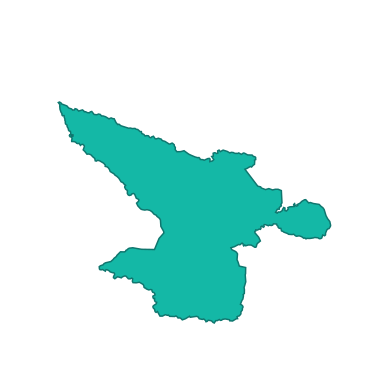 outline of São Sepé, Rio Grande do Sul, Brazil, rotated 247°
{"feature_id": "56859067B43674987148244", "entity_name": "São Sepé", "entity_type": "district", "adm_level": 2, "iso_a3": "BRA", "parent_name": "Brazil", "parent_adm1": "Rio Grande do Sul", "projection": "orthographic", "projection_center": [-53.605, -30.207], "detail": "fine", "context": "isolated", "style": "filled", "palette": "teal", "viewbox_px": 384, "rotation_deg": 247, "n_neighbors": 0, "source": "geoboundaries", "source_scale": "gbopen_adm2", "svg_char_len": 6070}
<svg xmlns="http://www.w3.org/2000/svg" viewBox="0 0 384 384"><g transform="rotate(247 192 192)"><path d="M270.7,166.5L271.6,165.1L272.8,164.4L273.7,161.9L275.1,160.0L275.3,158.8L280.7,152.5L283.0,151.2L283.1,150.0L285.6,149.2L289.8,149.0L290.6,147.6L291.6,146.8L291.9,145.7L291.7,144.2L295.0,141.9L296.8,139.8L297.3,138.5L299.3,137.8L300.3,136.4L300.3,134.6L301.6,132.2L305.3,131.2L305.5,129.7L305.0,128.4L306.0,126.6L307.4,125.5L308.0,124.2L309.2,124.0L310.4,123.2L310.8,119.3L313.3,118.3L314.4,116.9L313.5,115.9L314.1,114.1L315.5,113.6L317.5,111.3L320.1,110.5L323.9,106.5L325.3,106.2L326.6,105.2L326.6,103.9L324.0,104.5L322.8,103.8L319.6,102.8L316.5,102.6L315.0,102.9L313.8,102.4L312.8,102.6L312.3,104.1L310.4,103.5L309.3,103.6L307.2,102.9L306.1,103.0L305.3,102.4L304.1,102.2L302.3,103.1L300.9,102.6L298.7,102.9L297.4,102.5L296.1,102.8L295.3,103.8L292.4,103.0L292.5,101.8L291.7,101.1L290.4,101.4L289.9,102.6L287.8,102.4L286.8,101.5L285.5,101.0L284.3,103.4L283.1,104.5L282.0,104.8L281.1,105.9L280.9,107.1L278.5,107.5L278.9,108.7L278.5,110.2L276.8,110.9L275.8,110.6L273.3,108.3L271.2,109.2L267.8,110.1L267.5,111.4L266.6,112.7L265.2,113.8L263.6,114.2L260.9,115.6L258.5,115.1L257.8,116.1L258.0,117.5L257.0,119.0L253.1,121.9L250.8,122.7L249.5,122.1L248.5,123.5L247.3,124.3L245.0,124.8L242.8,124.7L239.2,127.3L237.6,127.7L235.9,128.9L233.4,130.0L229.1,130.7L227.5,132.2L226.4,132.3L224.1,133.5L223.6,132.4L222.7,131.9L220.5,132.0L218.6,133.1L215.9,131.9L214.3,132.1L213.3,132.9L213.0,134.7L213.8,136.2L213.4,137.8L212.3,138.3L207.9,138.3L206.9,139.4L205.4,140.0L204.3,139.0L203.4,136.6L200.4,136.7L197.3,137.8L196.2,138.3L195.3,139.2L193.8,141.5L193.3,143.7L191.5,146.1L189.5,147.4L186.4,148.4L184.5,150.1L183.3,150.2L180.4,151.8L178.5,152.0L172.5,149.9L166.9,150.5L165.3,150.1L162.1,143.5L153.7,135.0L159.0,123.1L163.8,115.7L164.7,112.7L164.8,111.3L164.2,109.8L164.1,108.4L163.3,107.5L163.3,106.3L164.9,102.8L163.0,98.1L162.2,97.2L161.4,94.2L160.7,93.1L159.7,90.1L160.6,84.9L160.5,83.2L159.7,81.6L159.9,78.9L159.5,77.4L157.3,76.7L156.4,77.0L155.8,78.1L155.6,79.4L153.0,81.3L154.1,82.5L153.5,83.6L151.6,85.1L150.5,85.4L148.8,87.3L148.2,88.5L147.1,88.8L146.0,88.3L145.0,86.9L143.8,86.2L142.3,87.1L143.1,90.4L140.6,93.4L141.1,94.9L141.0,97.5L140.2,98.4L137.0,99.5L136.2,101.1L136.3,102.9L135.4,103.5L133.0,102.2L131.6,102.3L130.2,105.2L129.5,108.3L126.0,110.9L124.4,111.0L123.1,110.6L122.3,110.9L121.6,111.8L120.7,112.0L118.8,113.9L118.3,116.1L117.6,116.8L116.3,116.5L115.0,116.7L114.4,117.6L113.1,118.0L111.7,117.7L111.4,115.3L110.3,114.9L109.0,114.9L108.7,116.0L106.5,115.1L105.2,115.4L104.3,116.4L103.1,115.5L102.4,112.0L101.7,111.2L100.6,111.0L98.7,111.7L96.3,111.3L95.2,111.9L95.5,113.5L90.3,114.0L89.3,116.3L89.5,119.4L88.1,121.2L87.8,122.3L86.3,122.8L84.2,127.3L84.2,128.8L82.5,129.8L81.5,129.9L81.0,131.3L80.3,132.2L78.1,133.1L77.9,136.5L78.6,141.2L77.4,141.4L75.7,147.8L74.4,148.9L72.5,149.1L70.7,151.7L70.5,153.2L68.4,154.2L67.1,154.2L67.0,155.4L67.6,156.8L66.9,158.0L65.8,159.6L63.7,160.4L62.7,161.3L64.3,163.6L63.7,165.1L64.0,167.3L62.8,167.9L62.4,169.2L62.8,170.3L62.2,172.9L59.8,176.6L58.7,176.4L57.4,179.0L58.0,183.1L57.6,184.5L59.6,184.7L59.7,185.9L59.5,187.3L60.7,189.4L62.5,190.2L63.7,192.2L65.3,193.0L66.0,193.9L66.9,194.2L68.5,193.7L69.7,192.7L72.7,195.6L73.6,197.0L76.3,198.8L77.6,199.0L78.1,200.5L81.6,202.1L83.7,202.6L88.3,206.4L94.9,208.6L95.9,209.4L101.5,211.9L105.3,206.6L109.3,207.0L112.1,207.0L117.2,209.7L119.1,209.4L120.4,208.7L123.4,206.1L125.5,206.0L125.1,209.7L125.5,214.3L124.7,215.5L125.4,218.1L124.6,218.7L123.2,218.4L122.1,218.6L122.6,219.9L121.5,220.4L121.2,223.2L120.0,225.8L116.6,228.2L116.2,229.2L117.2,230.4L118.2,230.9L119.1,232.2L120.2,235.8L124.3,235.7L129.9,234.0L131.2,234.4L131.3,235.6L132.2,235.9L131.4,237.4L131.6,239.4L130.9,240.4L131.6,241.3L133.1,241.8L133.3,243.1L131.7,243.8L131.9,244.9L133.0,245.0L133.8,245.7L133.1,247.1L131.1,249.1L131.3,250.3L130.2,251.8L130.0,253.3L130.9,254.5L129.4,257.4L127.9,257.2L126.9,257.8L125.8,257.5L124.5,258.1L123.8,259.6L121.2,259.2L120.2,260.3L119.1,260.9L116.6,263.6L115.3,264.4L113.7,267.5L113.4,269.1L111.1,270.2L110.4,271.0L109.8,273.5L108.1,275.4L105.8,276.8L105.6,277.9L104.3,278.6L104.4,279.7L103.2,282.3L102.3,285.8L102.2,287.2L100.6,290.1L99.3,290.9L98.8,292.3L99.0,293.5L101.3,295.5L99.9,297.0L100.3,298.1L102.0,298.9L104.3,301.2L104.9,302.5L104.8,303.9L106.2,305.9L107.2,306.6L111.0,307.3L114.4,306.4L117.9,306.1L124.3,306.8L126.5,306.3L128.3,305.2L130.9,304.2L134.0,299.2L136.1,296.8L136.4,295.1L140.5,293.7L140.9,292.4L140.7,291.2L140.5,289.5L139.5,286.9L139.3,283.8L138.2,284.0L138.2,282.7L139.1,281.7L141.2,281.9L140.8,280.7L138.7,280.4L140.1,276.3L140.2,274.2L138.7,273.9L137.6,271.5L138.6,270.3L140.9,271.3L141.9,270.4L140.6,268.5L139.7,268.2L139.1,265.2L139.9,263.6L139.3,262.2L140.6,261.0L142.8,263.8L142.1,265.6L143.6,266.3L144.3,268.8L145.8,269.0L146.9,270.6L158.4,274.8L160.9,272.3L162.0,269.6L162.4,267.0L165.1,264.1L165.5,260.6L168.6,257.4L169.9,257.2L171.7,254.8L192.3,249.6L192.2,251.8L192.7,255.5L191.7,256.6L192.8,258.9L193.0,260.3L195.7,261.7L196.9,262.0L196.9,263.3L199.0,264.1L200.0,263.6L200.6,262.5L202.5,261.8L204.4,257.7L207.2,255.5L207.8,254.5L207.4,252.1L209.7,250.3L209.7,249.1L210.8,246.6L212.3,245.3L213.2,243.6L213.2,242.1L215.6,240.3L218.4,237.0L218.1,233.8L220.0,233.3L219.9,231.7L217.7,231.0L217.8,229.7L218.8,228.9L219.4,227.9L219.4,226.6L216.7,225.6L217.0,224.0L213.3,224.7L212.6,223.1L213.0,220.3L215.2,221.5L216.1,221.2L216.6,219.7L216.5,215.6L217.5,214.7L218.7,212.3L219.7,212.4L221.0,211.9L221.4,210.6L223.1,208.5L226.2,205.5L228.1,203.8L233.1,200.8L233.6,197.3L235.0,193.8L237.6,193.1L239.6,194.1L241.1,193.7L242.4,194.1L244.6,193.1L244.9,192.1L244.7,190.8L245.1,189.7L249.3,186.8L250.5,185.2L251.5,184.5L252.6,184.4L254.7,182.0L254.8,180.1L255.4,178.9L258.4,178.3L258.5,176.5L258.0,175.4L258.9,174.3L260.7,173.9L261.6,172.4L261.9,170.7L263.8,170.2L265.5,168.6L267.4,169.0L267.8,167.9L270.7,166.5ZM289.9,102.6L291.0,103.0L291.6,103.9L291.0,104.8L289.9,104.2L289.9,102.6Z" fill="#14b8a6" stroke="#0f766e" stroke-width="1.5"/></g></svg>